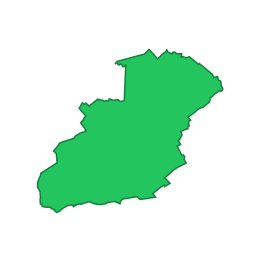 outline of Curtuiseni, Bihor, Romania, rotated 259°
{"feature_id": "2599482B62407773842337", "entity_name": "Curtuiseni", "entity_type": "district", "adm_level": 2, "iso_a3": "ROU", "parent_name": "Romania", "parent_adm1": "Bihor", "projection": "albers", "projection_center": [22.231, 47.541], "detail": "fine", "context": "isolated", "style": "filled", "palette": "green", "viewbox_px": 256, "rotation_deg": 259, "n_neighbors": 0, "source": "geoboundaries", "source_scale": "gbopen_adm2", "svg_char_len": 4682}
<svg xmlns="http://www.w3.org/2000/svg" viewBox="0 0 256 256"><g transform="rotate(259 128 128)"><path d="M193.6,186.2L192.8,185.9L192.7,185.8L192.4,184.8L192.9,184.1L193.7,183.3L193.9,183.0L194.2,182.7L194.5,182.2L194.9,181.7L195.3,181.5L195.6,181.5L195.9,181.4L196.9,181.3L197.2,181.0L196.3,180.1L195.0,178.4L194.7,177.9L194.8,177.4L190.2,170.2L193.3,168.4L195.2,167.3L195.8,167.0L196.4,166.6L201.1,163.6L197.6,158.4L197.4,158.4L197.3,157.2L197.0,151.5L196.8,148.9L196.2,140.7L195.8,134.8L195.6,132.6L195.6,131.9L195.5,130.7L195.3,130.0L195.1,129.7L194.5,129.3L194.5,128.9L194.3,128.4L194.2,128.2L193.9,127.9L193.7,128.0L193.9,128.2L194.0,128.4L194.2,129.3L193.6,129.9L192.8,130.2L191.9,130.5L191.7,130.8L191.5,131.3L191.8,131.8L192.3,133.1L192.0,133.6L191.1,134.1L190.1,134.4L189.1,134.7L189.0,135.7L189.4,136.5L190.1,137.7L189.4,137.7L183.6,136.3L178.2,134.9L171.6,133.4L167.5,132.4L158.3,130.2L155.5,129.5L155.3,127.0L155.5,126.1L156.0,124.9L157.5,123.9L158.0,122.7L157.9,122.0L157.8,120.8L157.9,120.6L158.0,119.3L158.1,118.7L158.3,118.1L159.3,116.7L160.1,115.0L158.7,114.4L158.5,114.0L158.3,113.5L158.5,112.7L159.0,111.7L158.9,110.6L158.8,110.3L159.0,109.5L159.4,109.0L160.1,108.5L161.2,105.0L161.2,104.7L161.4,104.4L162.2,103.9L156.9,93.9L160.5,91.5L159.5,89.5L161.5,88.0L156.6,83.8L149.8,87.8L147.8,89.0L147.4,88.2L146.1,86.6L145.2,86.4L142.2,82.6L139.2,83.9L136.3,85.3L133.1,86.4L133.1,86.1L133.0,85.0L132.5,85.0L132.4,82.6L132.2,80.8L131.7,78.5L131.1,77.3L130.8,76.7L130.4,75.7L129.9,74.5L129.3,74.1L128.8,73.7L128.4,73.1L128.0,72.6L127.9,72.4L127.8,72.2L127.9,71.8L128.0,71.4L127.9,70.4L127.7,68.1L127.1,63.8L126.9,61.8L126.3,58.6L126.2,58.1L126.0,57.7L125.9,57.5L125.4,57.2L125.0,57.1L124.8,57.0L124.5,56.7L124.4,56.7L124.2,56.3L119.6,50.5L117.6,52.1L116.2,52.7L115.6,52.8L115.0,52.7L113.9,52.4L112.5,52.4L111.7,52.4L109.9,51.9L109.2,52.0L107.3,51.6L106.2,48.8L100.2,33.7L97.6,32.8L95.7,31.2L92.2,29.1L87.7,27.9L87.3,27.9L85.9,28.4L82.3,29.5L78.5,29.0L76.6,28.9L75.8,28.8L75.2,28.1L72.6,27.8L70.4,27.5L70.0,27.5L69.9,27.8L69.8,28.4L69.7,28.8L69.0,28.8L68.7,28.8L67.3,28.8L66.5,30.7L65.9,32.6L65.5,34.2L65.1,37.1L63.4,37.3L63.2,38.2L61.7,40.5L61.0,40.0L60.3,40.6L59.5,41.2L58.8,41.7L58.9,42.3L59.0,43.3L59.9,45.8L61.1,47.9L61.5,48.5L62.0,50.1L62.2,50.6L63.5,54.3L63.5,55.8L62.9,59.1L61.3,59.3L61.2,59.7L61.6,60.4L62.2,60.8L62.2,61.1L61.9,61.1L61.8,61.7L62.1,62.2L62.7,62.3L62.7,66.1L62.1,67.0L62.2,68.5L62.3,69.0L62.7,70.9L62.7,72.0L63.0,74.2L62.8,76.4L62.3,77.5L60.7,79.4L58.9,83.4L58.0,86.6L58.2,88.1L57.9,90.7L57.9,91.3L58.7,94.2L58.7,96.7L58.4,100.9L57.7,102.4L57.4,102.5L57.1,102.5L56.9,103.0L56.5,104.0L55.8,104.9L55.1,105.6L56.7,106.2L56.9,106.3L57.4,106.5L58.0,107.4L58.2,107.7L59.3,109.1L58.9,123.6L55.7,126.2L55.5,126.3L55.5,128.1L55.3,130.9L55.2,132.4L55.2,132.7L55.2,135.3L55.1,137.0L55.0,139.2L54.9,141.6L54.9,141.8L56.3,141.1L56.7,140.9L57.8,140.4L58.0,140.3L58.3,140.2L58.7,140.0L58.8,139.9L59.0,139.8L61.1,144.1L62.7,146.8L65.2,152.3L63.5,152.7L65.7,158.7L71.9,154.6L76.1,161.4L76.8,162.5L78.6,165.9L79.7,168.6L82.1,177.1L82.5,178.5L84.2,177.7L85.4,177.3L86.1,177.2L86.5,177.3L87.0,177.3L87.4,177.4L87.8,177.7L88.3,177.9L89.3,178.1L90.5,177.5L91.1,176.8L91.1,175.6L92.2,175.2L95.6,174.3L100.6,172.7L101.4,175.2L101.9,176.5L106.3,175.0L107.1,176.8L107.4,177.0L108.9,178.1L109.4,178.5L110.8,179.7L114.7,179.2L115.3,182.4L115.9,185.7L115.7,186.5L116.7,186.8L118.4,187.2L118.4,188.5L119.4,188.5L120.9,188.3L122.6,188.9L123.3,189.6L123.8,190.2L123.6,190.5L123.5,190.9L123.6,191.0L127.2,189.1L131.1,197.4L131.7,198.0L132.2,198.9L132.6,199.7L133.2,201.0L133.6,202.2L133.8,203.0L134.0,204.6L134.1,205.7L134.4,206.4L134.7,207.0L135.5,208.4L136.3,209.8L137.8,212.5L138.2,213.2L138.6,213.4L139.8,213.8L140.8,214.0L141.4,214.0L141.8,214.3L142.0,214.6L142.3,215.6L142.7,216.5L143.1,217.1L143.6,217.7L144.3,218.3L144.5,218.7L144.8,219.4L145.5,221.3L145.9,222.3L146.6,223.6L146.8,224.0L147.0,224.4L147.2,224.9L147.0,225.4L146.5,225.8L146.3,226.1L147.0,227.3L147.6,228.2L148.0,228.5L148.9,228.4L149.7,228.2L151.5,227.8L152.7,227.5L152.8,227.6L153.0,227.8L153.3,227.8L153.9,227.9L154.5,228.0L155.8,227.8L156.6,227.7L157.4,226.3L158.1,226.0L158.9,225.7L159.9,225.7L161.3,225.8L161.3,221.7L162.2,221.5L164.4,221.0L164.7,220.9L164.9,220.8L174.7,212.7L177.7,210.2L177.0,209.4L186.4,201.6L185.9,200.3L186.0,198.4L186.3,197.5L187.1,196.3L187.7,195.4L187.9,194.9L187.2,193.9L187.5,193.6L190.8,194.9L190.8,194.0L190.9,193.4L191.2,192.3L191.2,192.2L191.5,191.0L191.4,190.7L191.6,190.1L192.1,189.4L192.6,189.0L193.1,188.8L193.5,188.5L193.5,188.4L193.8,187.4L193.6,186.8L193.5,186.7L193.4,186.5L193.6,186.3L193.6,186.2Z" fill="#22c55e" stroke="#15803d" stroke-width="1.5"/></g></svg>